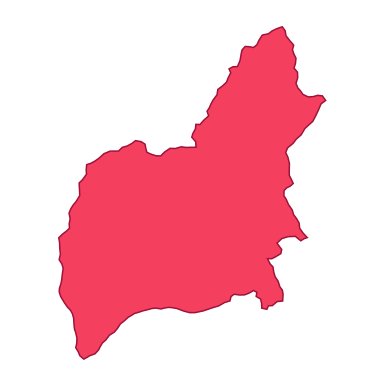 Guarulhos, São Paulo, Brazil, rotated 354°
{"feature_id": "56859067B75389058468557", "entity_name": "Guarulhos", "entity_type": "district", "adm_level": 2, "iso_a3": "BRA", "parent_name": "Brazil", "parent_adm1": "São Paulo", "projection": "orthographic", "projection_center": [-46.447, -23.392], "detail": "fine", "context": "isolated", "style": "filled", "palette": "rose", "viewbox_px": 384, "rotation_deg": 354, "n_neighbors": 0, "source": "geoboundaries", "source_scale": "gbopen_adm2", "svg_char_len": 2759}
<svg xmlns="http://www.w3.org/2000/svg" viewBox="0 0 384 384"><g transform="rotate(354 192 192)"><path d="M334.5,114.9L331.7,110.0L327.1,109.0L322.5,109.8L317.5,109.6L312.5,106.5L310.5,102.8L308.2,99.7L306.8,94.9L309.1,89.3L309.4,83.8L306.4,79.4L308.3,75.1L309.4,69.8L307.7,65.2L306.8,60.9L308.5,56.6L305.0,51.6L301.8,46.4L301.5,41.3L299.0,37.1L293.5,38.4L288.4,40.2L284.6,42.6L278.3,43.3L274.6,47.9L271.9,52.4L268.3,54.7L263.7,53.4L260.1,52.8L256.5,56.1L255.2,60.2L253.6,66.0L250.4,72.0L245.9,71.7L241.7,73.4L243.0,77.5L240.0,82.1L237.7,86.5L233.4,89.7L228.4,92.7L227.0,98.0L222.6,102.7L219.9,106.7L218.2,109.8L215.4,113.3L216.5,118.0L211.4,121.7L207.0,125.7L202.9,125.1L202.1,129.4L199.0,133.9L197.5,137.5L200.9,142.4L200.7,147.9L195.4,147.4L190.9,147.1L186.1,145.9L180.0,147.0L174.7,146.3L168.9,149.4L164.7,152.8L160.3,152.3L155.4,150.2L151.3,147.8L150.6,143.6L150.3,139.5L146.7,136.6L141.2,135.0L137.3,137.4L132.3,139.5L127.4,140.3L123.2,143.6L114.8,142.8L108.4,144.7L103.3,148.5L98.3,151.3L94.0,153.0L90.1,153.8L89.1,158.8L88.9,163.3L84.2,168.5L80.7,171.2L80.4,176.7L80.0,183.7L75.8,189.3L72.6,192.4L69.9,195.7L67.5,200.1L68.0,206.0L66.5,210.8L66.4,215.1L63.3,217.6L58.6,220.5L54.7,223.6L55.0,228.6L54.6,234.2L54.6,240.1L52.8,245.5L55.0,249.8L55.9,254.5L54.5,259.9L53.3,265.5L52.0,269.7L50.1,273.8L49.5,277.5L50.5,282.3L53.5,288.7L56.0,293.3L58.9,297.1L60.3,300.5L61.1,305.2L60.8,311.4L60.8,316.2L61.7,320.0L62.3,325.3L61.5,330.6L60.1,334.7L62.1,338.8L63.4,343.2L66.9,346.9L70.3,345.5L73.5,344.0L78.6,342.8L82.6,339.3L84.6,336.1L87.1,332.8L90.8,330.2L95.0,325.7L100.0,323.3L103.5,320.0L107.0,315.7L111.6,312.8L115.5,309.9L118.7,308.5L122.1,306.8L127.1,305.9L130.5,305.1L135.0,304.5L139.8,303.7L144.1,303.7L149.0,305.1L152.4,304.5L156.4,304.3L160.0,304.9L165.1,306.4L171.2,309.5L176.9,311.7L182.2,312.3L187.1,311.8L190.9,311.4L194.8,310.5L200.6,309.2L206.6,308.1L212.9,305.3L218.4,304.3L219.9,300.0L223.2,298.1L228.4,299.4L233.5,299.8L238.4,298.5L242.8,296.4L246.0,298.5L244.9,302.6L249.0,305.6L249.6,310.3L249.2,314.8L254.2,316.5L256.1,313.2L260.0,313.4L265.2,309.9L270.8,309.9L271.9,303.1L271.6,299.0L269.5,295.5L268.3,289.7L265.8,284.9L264.9,279.9L264.7,274.9L262.3,271.9L260.1,266.2L264.4,266.7L268.7,265.0L273.9,262.6L275.2,258.5L273.3,255.4L271.2,251.7L276.5,247.7L282.8,246.5L290.1,246.9L295.1,251.9L298.5,250.2L301.9,249.4L298.0,244.2L295.3,239.3L295.3,234.1L293.2,229.4L290.7,225.2L289.8,220.3L286.6,214.5L284.9,209.0L283.0,205.4L283.7,200.3L286.4,197.9L290.5,196.3L293.6,194.1L291.9,189.3L290.5,185.6L291.0,180.4L291.9,174.0L291.0,167.4L289.3,162.5L291.7,158.1L297.6,154.2L301.4,150.2L306.5,146.6L310.9,140.7L315.2,137.5L319.5,134.4L323.1,129.0L326.6,123.2L329.5,117.9L334.5,114.9Z" fill="#f43f5e" stroke="#9f1239" stroke-width="1.5"/></g></svg>